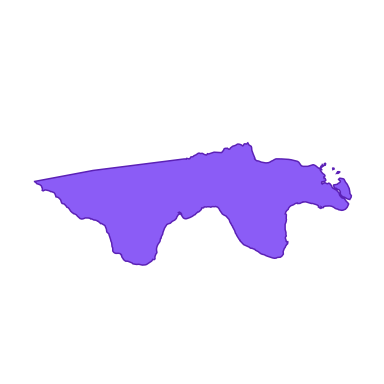 South Vella la Vella, Western, Solomon Islands (Robinson projection), rotated 301°
{"feature_id": "97153195B32598831162283", "entity_name": "South Vella la Vella", "entity_type": "district", "adm_level": 2, "iso_a3": "SLB", "parent_name": "Solomon Islands", "parent_adm1": "Western", "projection": "robinson", "projection_center": [156.664, -7.876], "detail": "fine", "context": "isolated", "style": "filled", "palette": "violet", "viewbox_px": 384, "rotation_deg": 301, "n_neighbors": 0, "source": "geoboundaries", "source_scale": "gbopen_adm2", "svg_char_len": 6123}
<svg xmlns="http://www.w3.org/2000/svg" viewBox="0 0 384 384"><g transform="rotate(301 192 192)"><path d="M119.5,51.1L119.8,51.5L119.8,52.6L119.6,53.7L119.2,54.6L119.9,57.8L119.7,59.6L118.3,61.4L118.3,61.7L116.7,62.7L116.3,62.7L116.2,63.2L116.4,63.9L118.1,65.0L118.6,66.1L119.5,68.9L119.6,70.9L120.0,71.4L120.4,74.1L120.0,75.2L118.5,77.2L117.8,77.8L118.3,79.6L118.4,80.5L117.7,83.3L115.8,85.5L115.3,86.5L115.9,88.8L115.0,91.7L114.5,92.6L114.8,93.9L114.4,95.2L113.1,97.9L112.6,100.1L112.7,100.5L112.4,101.6L112.7,101.9L112.9,104.6L112.3,106.2L111.6,109.8L112.1,111.5L113.2,112.7L114.9,114.0L116.6,117.1L116.9,118.4L117.0,118.8L116.7,119.0L117.3,120.2L117.5,122.6L117.8,122.8L118.1,123.5L118.5,125.5L118.3,126.0L118.6,126.5L117.9,130.1L118.3,130.4L118.4,131.1L118.4,134.6L116.1,137.7L113.9,139.5L113.2,142.5L112.6,142.9L109.7,146.3L108.0,148.0L107.2,149.2L103.9,151.7L103.6,152.4L102.8,153.1L100.6,154.5L100.0,156.0L99.9,157.1L100.2,158.4L101.6,160.5L102.2,162.3L101.9,163.6L101.6,163.5L101.3,164.4L100.7,164.8L100.0,165.7L99.2,167.7L98.8,168.0L98.5,170.6L99.6,172.7L100.3,177.0L100.0,178.4L101.3,181.7L102.7,183.7L103.8,187.1L105.5,189.5L106.5,190.4L112.0,193.0L114.1,193.1L114.4,194.2L114.9,194.6L115.7,194.7L117.1,193.7L118.1,193.4L120.2,193.0L121.2,193.2L122.2,193.0L123.8,191.6L125.3,190.7L127.2,190.1L129.3,189.8L133.1,190.0L135.9,189.0L136.1,189.3L136.5,189.3L138.0,188.7L140.6,188.6L142.5,187.9L146.9,187.1L151.2,187.2L152.3,187.9L154.1,189.5L156.7,190.2L159.1,191.7L161.2,192.2L162.7,191.9L165.1,191.9L166.6,192.5L167.2,193.8L167.5,193.8L167.2,191.8L167.4,191.0L168.3,191.6L168.3,193.1L167.8,194.2L167.6,194.6L166.9,194.7L166.7,194.9L165.4,197.7L165.3,198.3L165.4,199.4L165.9,200.6L166.9,201.6L169.1,203.4L171.3,204.8L173.6,205.8L174.3,206.4L175.0,206.4L177.9,207.3L178.1,207.8L179.1,208.3L181.0,208.8L181.8,209.0L183.1,208.6L183.7,208.8L183.8,209.4L184.2,209.9L184.7,210.2L185.3,210.1L185.8,210.5L186.6,212.2L187.3,212.8L188.3,214.5L188.7,216.0L189.8,216.7L191.2,219.2L191.8,219.7L192.2,221.8L191.7,223.6L190.7,225.1L188.8,229.3L188.7,230.9L188.9,233.5L187.5,238.0L185.7,240.1L185.3,241.3L184.9,241.4L184.9,241.8L184.0,243.1L183.6,244.4L183.2,244.5L180.9,248.4L178.9,250.7L178.5,251.9L177.8,252.7L175.7,256.8L175.4,258.1L175.0,258.1L173.5,263.4L174.2,269.2L174.0,271.0L174.8,272.9L174.8,273.7L175.2,275.4L174.8,276.3L175.0,279.5L174.7,281.4L174.6,283.2L175.1,285.3L175.5,286.1L175.5,287.9L175.8,289.7L177.0,295.0L177.7,296.9L178.7,298.2L179.5,298.6L180.1,299.2L181.7,301.4L183.5,302.1L185.8,302.3L187.9,300.8L191.2,300.2L192.4,300.4L194.2,300.1L195.0,300.3L195.9,300.0L196.5,300.6L196.9,300.6L198.6,299.9L198.8,299.6L198.6,299.4L197.9,299.6L198.3,298.0L198.9,297.7L200.3,296.0L201.0,295.5L202.0,295.3L202.7,295.5L203.2,295.2L203.8,294.5L205.7,293.4L207.9,291.1L212.2,288.5L214.9,288.0L217.1,287.1L217.8,286.4L221.1,284.6L221.5,283.7L221.3,283.2L223.2,282.7L224.8,282.8L226.7,283.4L227.9,283.1L229.7,283.3L231.1,283.8L233.4,285.6L235.0,286.3L235.9,287.0L236.8,287.9L236.5,288.7L237.2,289.4L237.7,290.3L238.5,290.9L239.4,291.3L240.2,292.2L240.7,292.2L240.8,292.7L241.2,292.9L241.5,293.8L242.1,294.4L243.6,300.2L244.3,301.3L245.2,305.1L245.4,307.0L244.9,308.0L244.6,308.2L244.3,308.1L244.1,309.8L244.4,310.2L244.3,310.9L244.8,311.1L245.8,310.3L245.8,310.6L245.5,311.3L246.0,312.4L246.4,312.6L247.2,312.4L248.6,313.6L250.8,316.9L251.6,318.7L251.8,319.7L251.9,322.3L251.7,323.1L251.9,324.4L252.4,325.7L252.3,326.7L252.8,328.1L253.4,329.8L254.2,330.8L256.3,332.4L258.9,332.9L262.2,332.5L262.5,332.3L262.4,331.9L263.2,330.9L263.3,329.5L264.9,325.7L264.2,323.7L264.5,322.2L265.2,320.3L266.8,318.6L267.1,318.0L267.4,316.8L267.9,315.2L268.1,315.2L268.1,313.9L267.9,313.8L267.9,310.5L268.4,309.4L269.3,308.2L270.1,306.0L270.1,304.7L268.9,304.0L268.5,302.6L268.5,301.5L268.2,300.9L267.4,300.5L266.9,299.9L266.1,299.8L265.9,299.5L266.2,298.6L267.4,298.0L267.8,298.3L269.6,300.3L270.4,300.6L271.1,300.6L272.1,299.3L272.2,298.8L271.7,298.3L272.2,297.7L272.7,297.2L272.9,297.2L273.1,297.6L273.6,297.7L274.1,297.7L274.7,297.4L275.1,296.2L275.2,294.7L275.7,293.1L276.6,291.0L277.0,290.6L277.4,290.4L277.5,291.2L277.9,291.6L278.0,291.3L277.8,290.5L278.3,290.2L280.8,290.6L281.6,291.1L282.1,290.7L282.5,289.6L281.5,289.8L280.4,289.2L279.6,289.6L279.1,289.6L277.7,288.9L277.7,287.7L278.2,284.3L278.0,282.4L277.7,281.7L273.7,278.1L271.3,274.2L270.9,272.9L270.9,271.9L272.5,268.2L272.6,267.0L272.5,266.2L270.7,260.4L269.7,258.0L266.5,251.8L263.7,247.0L262.2,245.9L260.6,245.1L259.4,244.2L257.8,243.4L256.5,242.4L255.0,240.4L253.3,236.0L252.9,233.3L252.1,231.2L252.5,228.8L252.9,228.4L253.3,228.6L256.2,224.7L258.6,221.8L260.8,220.2L261.6,219.3L261.7,216.5L262.9,214.5L262.5,214.3L261.8,214.4L261.0,213.7L260.6,212.5L260.0,212.0L258.5,212.0L257.7,211.8L257.6,211.2L257.8,210.3L257.5,208.4L256.8,206.7L256.3,206.2L254.3,205.2L252.2,203.3L249.6,202.3L248.4,202.3L247.7,201.8L247.6,201.5L247.7,199.5L247.0,199.0L246.8,198.3L246.0,197.5L245.5,197.3L243.6,197.6L242.6,197.2L241.4,197.2L240.9,196.9L237.5,190.4L233.2,186.7L232.8,185.5L231.8,185.6L231.0,185.1L230.5,183.0L230.5,181.1L230.1,180.4L229.4,179.6L229.1,178.3L228.7,177.7L227.9,177.1L226.1,176.4L224.1,175.0L222.7,174.6L221.5,173.0L219.4,172.9L218.8,172.2L218.1,170.1L217.7,169.9L217.2,170.1L216.4,168.4L159.5,96.1L119.5,51.1ZM281.2,314.7L280.0,311.6L279.1,311.5L278.7,311.1L278.3,311.1L277.9,312.4L277.9,313.4L277.3,313.8L276.4,313.8L274.5,312.8L273.5,312.6L271.0,309.8L270.3,310.1L269.0,312.0L269.1,313.3L269.5,313.9L269.3,314.4L269.3,315.8L269.6,316.8L269.3,317.9L268.6,318.8L268.6,319.0L266.7,320.2L266.3,320.8L265.8,322.3L265.6,323.8L266.1,325.6L266.1,328.6L266.8,331.1L269.4,331.1L270.9,330.5L272.1,328.0L273.2,327.4L276.0,324.9L278.6,321.0L279.5,318.5L281.2,315.8L281.2,314.7ZM285.3,308.3L285.2,307.7L284.4,306.4L282.9,306.4L283.3,306.7L283.2,307.1L282.9,307.1L283.3,307.7L284.9,308.4L285.3,308.3ZM285.2,291.3L284.3,290.9L283.2,291.5L282.6,291.4L283.5,292.4L284.3,292.3L284.5,292.0L285.1,291.9L285.2,291.3ZM285.5,301.2L285.1,300.6L284.9,300.9L284.4,300.6L283.8,301.2L284.4,301.5L284.5,301.8L285.0,302.0L285.5,301.2Z" fill="#8b5cf6" stroke="#5b21b6" stroke-width="1.5"/></g></svg>